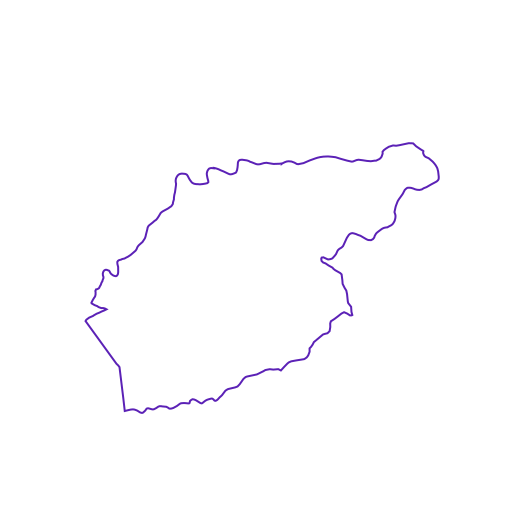 the district of Delomel, Micoud, Saint Lucia, rotated 323°
{"feature_id": "8701671B54095148495441", "entity_name": "Delomel", "entity_type": "district", "adm_level": 2, "iso_a3": "LCA", "parent_name": "Saint Lucia", "parent_adm1": "Micoud", "projection": "orthographic", "projection_center": [-60.926, 13.804], "detail": "fine", "context": "isolated", "style": "outline", "palette": "violet", "viewbox_px": 512, "rotation_deg": 323, "n_neighbors": 0, "source": "geoboundaries", "source_scale": "gbopen_adm2", "svg_char_len": 6114}
<svg xmlns="http://www.w3.org/2000/svg" viewBox="0 0 512 512"><g transform="rotate(323 256 256)"><path d="M108.1,186.4L106.6,187.3L106.3,188.1L104.6,190.3L103.1,191.5L101.5,192.0L99.2,192.9L96.4,194.3L96.2,194.9L97.6,198.2L99.1,200.6L99.5,202.0L101.1,204.5L102.6,205.6L103.7,206.9L104.5,208.6L102.2,208.2L99.2,207.4L96.9,207.0L94.0,206.2L90.8,205.8L89.8,205.8L85.6,204.8L82.1,204.8L80.7,205.4L79.7,258.1L80.1,260.5L80.1,262.6L64.5,289.6L57.9,300.8L60.0,301.7L63.2,303.1L64.6,303.9L65.6,304.6L66.6,305.6L67.9,307.6L68.5,309.0L69.2,310.9L69.6,311.6L70.2,312.4L70.9,312.9L71.7,313.1L74.6,312.8L75.7,312.4L76.8,312.1L77.7,312.4L78.5,313.0L80.4,315.5L81.1,316.3L82.1,316.9L83.0,317.1L84.8,317.4L87.2,317.5L88.6,317.9L89.8,318.8L90.5,319.6L93.6,322.4L94.2,323.6L94.6,324.6L94.7,325.2L95.3,326.1L96.6,326.9L98.5,327.6L102.6,328.2L105.7,328.2L107.0,328.3L108.4,329.0L110.1,330.2L111.2,331.1L112.9,332.7L113.8,333.4L114.5,333.4L116.0,332.1L117.0,332.0L118.0,332.0L119.1,332.2L120.1,333.2L121.0,334.6L121.4,335.5L123.0,339.7L123.4,340.4L123.8,340.9L124.5,341.2L127.2,341.1L128.4,341.1L130.0,341.3L131.6,341.8L134.1,342.8L135.0,343.3L135.4,343.9L135.7,345.0L135.8,346.3L136.2,347.1L137.2,347.5L138.2,347.6L139.4,347.5L141.9,347.0L143.4,346.9L145.1,346.7L150.3,345.2L151.5,345.2L152.6,345.3L153.7,345.5L160.3,348.4L162.7,349.1L165.8,348.6L172.0,346.6L174.8,346.4L176.4,346.9L185.4,351.1L192.8,352.5L194.8,352.7L196.9,353.7L198.9,354.7L201.4,357.1L205.7,359.8L207.0,362.4L211.8,361.5L216.2,360.8L218.1,360.7L220.7,361.3L225.3,363.6L229.6,365.9L232.3,367.3L233.6,367.5L235.6,367.5L237.9,366.8L241.2,364.7L243.2,362.0L245.3,361.7L248.0,360.8L250.4,359.6L262.2,359.0L263.8,359.5L266.6,360.7L269.6,360.3L272.6,357.4L274.7,354.5L276.5,353.2L280.8,353.5L284.8,353.5L289.6,353.4L292.5,353.9L294.2,356.9L295.3,360.0L296.7,361.0L297.4,361.1L298.6,358.1L301.4,353.8L301.3,349.1L302.0,347.5L305.8,341.2L307.3,338.0L307.6,334.7L308.4,330.4L310.4,327.3L313.3,322.2L313.0,320.3L310.7,315.0L310.1,312.8L310.1,311.4L308.2,307.1L307.1,303.8L305.7,301.6L305.4,299.4L306.4,297.5L307.5,296.8L309.0,297.6L310.7,300.8L311.5,302.2L311.8,302.3L313.0,303.0L314.2,303.5L315.2,303.8L315.9,303.8L319.0,303.2L320.9,302.7L321.7,302.3L323.9,301.1L324.5,300.8L325.4,300.6L326.1,300.5L327.3,300.5L329.0,300.7L329.8,300.7L331.4,300.5L332.8,299.8L338.7,296.6L339.7,296.1L342.9,295.0L344.1,294.9L345.0,295.0L345.9,295.3L346.7,295.7L347.7,296.8L349.1,298.7L350.1,300.5L351.6,302.7L354.1,308.7L354.8,310.1L355.3,310.8L355.7,311.2L357.5,312.6L359.5,312.9L361.2,312.5L361.8,312.2L362.9,311.4L365.0,310.5L366.1,310.2L367.9,310.1L369.3,310.1L372.2,310.1L373.6,310.2L375.2,310.6L375.9,310.9L377.1,311.5L378.1,312.1L378.3,312.2L379.5,312.3L382.4,312.8L383.8,312.8L384.5,312.7L385.7,312.3L387.4,311.6L388.2,311.1L390.1,309.6L391.1,308.5L391.7,307.7L392.2,306.7L392.9,304.5L393.2,304.1L396.9,300.9L398.0,300.1L401.5,297.9L402.2,297.5L404.2,296.7L410.0,294.9L411.2,294.4L414.1,293.0L414.5,292.8L416.1,292.6L417.7,292.6L418.2,292.8L418.8,293.2L420.0,294.1L421.0,295.1L422.3,296.9L423.1,298.3L424.2,299.7L425.0,300.5L426.3,301.6L428.0,302.4L428.4,302.6L430.7,302.8L433.6,303.6L439.2,304.3L444.3,305.1L445.4,305.2L447.1,305.0L448.1,304.5L448.7,303.9L449.7,302.6L451.7,299.2L452.4,298.0L453.6,295.1L453.9,293.4L454.1,291.6L454.1,289.4L453.9,286.9L452.8,282.0L452.5,281.4L451.2,279.1L450.9,278.2L450.8,277.3L450.8,276.6L450.9,276.2L451.3,274.7L451.7,274.0L452.8,273.0L452.7,272.4L452.2,271.3L451.3,268.8L449.9,264.7L449.3,260.7L448.1,259.6L445.8,257.8L440.0,255.1L437.4,253.9L434.3,252.3L432.0,250.2L427.8,248.7L424.4,248.4L421.8,248.4L419.8,248.9L418.7,250.5L416.0,252.3L414.1,252.8L412.7,252.8L409.2,252.1L408.0,251.2L404.7,249.4L401.8,246.8L398.7,243.6L395.8,240.8L394.0,239.9L390.1,238.8L389.0,238.0L386.2,234.7L382.0,229.2L379.0,225.0L376.4,222.5L373.4,219.8L369.6,217.2L366.7,215.6L364.2,214.5L362.2,213.8L356.4,212.0L349.8,210.4L345.0,208.1L344.0,207.1L342.9,204.6L341.2,201.9L339.1,200.0L337.4,199.0L335.4,198.4L332.8,197.9L332.3,197.9L332.5,197.7L330.5,196.6L325.5,193.1L324.3,191.9L322.2,189.7L320.4,187.8L320.0,187.6L319.2,187.1L318.1,186.5L314.5,185.1L313.6,184.6L312.5,183.8L312.0,183.3L311.4,182.6L309.0,178.6L308.0,177.2L307.4,175.8L306.5,174.5L305.8,173.7L303.6,171.5L302.8,170.7L302.0,170.2L300.9,169.6L300.4,169.5L299.4,169.6L298.3,170.1L297.7,170.6L295.9,172.7L294.5,174.2L293.3,175.3L292.7,175.9L290.9,177.0L290.1,177.3L289.6,177.2L288.4,176.9L286.4,176.3L285.0,175.6L284.2,174.9L283.8,174.3L283.4,173.6L280.9,168.8L279.5,166.5L278.3,164.2L277.1,162.4L275.8,160.7L275.4,160.3L275.2,160.7L273.3,158.9L272.2,158.3L271.0,158.0L270.1,158.2L268.9,158.6L268.0,159.1L266.5,160.3L265.6,161.6L264.2,164.4L263.0,167.4L262.3,168.4L260.9,168.5L259.3,167.8L256.8,166.5L254.3,165.0L253.1,163.9L251.4,162.5L250.1,161.1L249.4,159.8L249.0,158.6L249.0,156.5L249.0,155.5L249.2,153.7L249.7,150.8L249.7,149.4L249.4,148.7L249.0,148.0L248.2,147.2L246.4,145.6L245.5,145.1L244.1,144.5L242.3,144.5L241.8,144.6L240.6,145.0L238.8,145.9L237.7,146.9L237.0,147.7L236.2,149.0L235.7,150.1L234.5,151.5L229.6,156.4L227.6,158.0L225.5,160.1L224.6,161.3L221.8,163.4L221.2,164.1L220.7,164.5L218.6,165.2L217.9,165.3L217.2,165.2L214.2,165.1L208.9,164.3L207.9,164.2L206.8,164.2L205.7,164.3L205.3,164.5L204.5,164.8L202.6,165.6L200.4,166.4L199.0,166.8L198.0,167.0L195.9,166.9L193.6,167.1L189.1,167.2L188.3,167.3L186.7,168.0L186.0,168.6L185.1,169.4L180.6,173.0L180.1,173.5L178.6,174.6L177.7,175.1L173.8,176.5L169.9,176.8L168.8,176.9L167.6,177.2L166.5,177.6L164.5,178.8L162.9,179.3L156.5,179.7L153.3,179.5L151.2,179.1L149.5,178.9L147.3,177.9L146.1,177.7L144.2,176.9L142.9,176.8L141.6,177.3L140.5,179.0L139.3,181.8L136.2,186.0L134.9,187.3L133.6,187.9L133.1,188.0L132.2,187.9L131.5,187.4L130.6,186.2L130.1,185.2L129.5,183.1L129.5,181.4L129.8,180.4L129.8,179.3L129.2,178.4L128.6,177.4L127.9,176.7L127.3,176.4L126.3,176.2L125.3,176.4L124.4,176.8L123.6,177.4L123.1,177.8L122.1,179.3L121.6,180.8L120.9,181.8L120.1,182.3L118.8,183.1L118.0,183.8L116.8,184.2L116.0,184.7L114.7,185.6L113.0,186.3L111.5,187.1L110.8,187.2L110.1,187.1L108.9,186.8L108.1,186.4Z" fill="none" stroke="#5b21b6" stroke-width="2"/></g></svg>